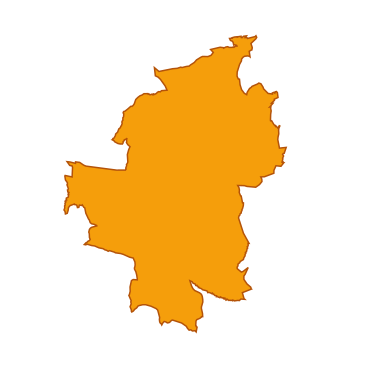 Cañada Morelos, Puebla, Mexico (Albers equal-area conic projection), rotated 335°
{"feature_id": "50627088B53283993912996", "entity_name": "Cañada Morelos", "entity_type": "district", "adm_level": 2, "iso_a3": "MEX", "parent_name": "Mexico", "parent_adm1": "Puebla", "projection": "albers", "projection_center": [-97.429, 18.725], "detail": "fine", "context": "isolated", "style": "filled", "palette": "amber", "viewbox_px": 384, "rotation_deg": 335, "n_neighbors": 0, "source": "geoboundaries", "source_scale": "gbopen_adm2", "svg_char_len": 5954}
<svg xmlns="http://www.w3.org/2000/svg" viewBox="0 0 384 384"><g transform="rotate(335 192 192)"><path d="M287.5,204.3L286.7,204.0L287.2,203.1L286.3,202.9L288.4,200.3L288.4,199.6L290.2,198.1L290.0,196.2L291.0,195.7L291.9,195.9L296.2,191.4L289.8,189.2L291.9,180.7L293.3,178.4L295.2,176.0L296.7,172.4L297.7,170.9L299.5,169.3L299.1,168.8L296.9,170.4L295.9,167.4L295.5,167.8L294.7,165.2L294.3,161.1L293.7,161.1L293.3,160.6L293.5,160.0L296.2,154.7L298.0,152.0L298.7,149.3L299.5,148.1L298.4,147.8L302.9,145.8L301.6,145.1L305.5,143.7L305.7,142.7L309.9,142.7L311.4,138.0L311.0,136.6L310.0,136.4L308.9,137.4L308.6,136.3L306.6,136.2L306.3,137.2L302.6,134.8L300.5,128.8L300.7,127.0L300.2,123.0L298.6,121.5L296.9,121.8L291.1,121.6L289.8,122.2L287.9,122.5L284.1,125.0L282.7,126.9L281.1,124.6L280.2,120.2L280.9,115.0L282.7,109.8L281.7,109.1L281.8,106.0L283.7,102.3L289.1,96.4L292.2,94.1L293.2,92.4L295.4,91.4L297.0,91.2L300.0,92.2L301.3,93.2L301.7,94.0L303.3,88.7L306.0,88.4L305.9,89.0L307.4,87.0L307.7,86.3L308.2,82.3L314.5,80.2L316.0,79.2L316.0,77.4L314.8,77.8L307.2,76.3L307.0,75.2L305.4,74.5L307.3,73.5L304.4,72.6L302.6,73.3L301.9,72.8L302.3,71.6L300.1,70.9L298.5,70.8L298.6,70.4L296.0,69.5L293.5,69.1L293.4,69.6L290.9,68.7L290.9,70.9L292.3,72.4L292.5,73.9L291.9,76.4L292.7,76.5L294.1,77.6L294.5,78.1L294.3,78.8L293.2,78.1L291.2,78.6L291.1,78.1L289.5,77.9L286.7,76.6L285.8,75.4L283.9,74.9L281.6,75.0L281.7,74.6L278.7,72.7L269.1,70.7L270.3,74.5L267.0,76.2L263.7,76.0L258.8,73.6L256.8,73.6L251.9,74.2L248.8,75.6L244.3,76.2L242.7,76.7L239.8,75.8L235.6,75.0L234.6,74.1L231.0,73.7L226.6,72.1L213.0,68.8L210.5,63.4L207.9,71.2L209.8,73.5L211.0,76.6L212.5,84.6L212.4,89.2L207.2,87.3L205.5,87.8L204.4,87.0L202.8,87.0L201.4,87.6L199.7,87.7L198.8,87.0L198.4,87.5L198.1,86.7L197.2,87.1L196.7,86.3L195.0,86.2L194.4,84.9L193.6,84.9L193.6,84.2L190.0,82.6L187.5,83.0L185.6,82.8L182.8,83.4L180.1,84.4L176.9,87.7L175.2,88.7L173.8,89.1L173.0,88.5L172.3,88.6L168.6,89.7L165.0,90.5L164.3,90.2L163.3,90.7L163.0,91.7L163.2,92.3L162.0,94.5L161.3,95.3L160.8,95.4L159.6,97.8L158.5,98.3L157.9,99.3L157.8,100.2L156.0,102.1L155.5,102.2L154.0,103.5L152.3,103.9L149.9,106.3L147.3,107.2L146.3,108.6L144.0,110.2L142.9,110.1L142.6,111.0L141.8,111.0L143.0,112.6L143.1,113.7L145.3,116.7L147.0,118.0L149.2,119.1L150.4,118.3L150.8,117.3L152.2,116.8L152.8,116.0L154.0,116.3L155.3,115.9L155.5,116.1L154.5,117.5L154.3,118.4L153.5,119.4L153.8,122.0L155.0,124.7L152.5,126.9L149.2,130.8L146.5,137.7L145.4,138.8L144.3,139.3L143.9,140.5L142.0,142.4L142.0,143.3L140.9,144.0L132.9,140.3L106.8,123.7L105.2,121.9L102.7,117.7L99.2,115.5L98.5,116.8L94.2,113.3L91.6,111.7L92.4,116.2L94.4,117.8L94.1,119.3L89.7,127.7L84.0,123.4L83.5,123.8L82.4,127.6L83.0,130.9L82.0,133.0L81.7,132.9L81.4,136.7L80.4,137.7L80.0,137.6L79.5,139.3L80.2,140.3L79.5,140.5L79.3,142.1L78.8,142.5L78.6,142.3L78.4,143.4L77.5,144.4L75.6,144.4L75.1,145.1L75.0,146.2L74.5,146.0L73.7,146.8L73.1,146.7L73.0,147.0L73.6,147.3L73.3,147.8L72.0,148.7L71.6,150.2L70.7,150.7L69.9,152.7L68.4,154.2L68.7,156.0L68.0,158.4L69.9,158.6L71.9,156.4L73.5,153.9L75.7,152.8L80.3,153.2L80.3,153.8L81.3,154.4L82.0,155.3L81.6,157.7L82.9,158.1L84.4,156.3L86.4,157.6L87.1,157.3L87.5,160.1L88.1,161.1L86.8,166.4L86.8,172.8L87.1,173.8L86.8,176.8L87.7,178.5L89.6,179.9L91.5,182.1L91.4,182.5L86.3,181.6L84.7,181.8L83.3,182.5L81.5,184.7L81.3,186.4L79.8,189.9L79.7,191.9L78.6,192.6L76.5,192.7L75.3,193.4L74.5,193.2L72.2,194.1L73.4,195.0L74.6,195.0L75.4,195.4L78.4,198.1L80.9,199.7L84.1,203.3L87.6,205.9L88.5,207.5L90.0,208.8L91.0,210.3L92.5,210.3L96.4,213.9L96.8,214.7L101.3,217.6L103.3,219.4L108.0,224.8L110.8,227.0L110.7,231.3L109.7,234.0L108.4,235.9L107.7,236.5L107.3,237.7L107.4,240.6L106.8,243.9L105.6,247.9L105.3,248.5L101.7,246.5L99.7,246.7L95.7,251.9L94.0,255.9L91.9,258.5L91.1,259.0L90.9,264.9L90.1,265.7L89.6,267.7L87.4,269.8L87.2,273.1L86.6,274.6L86.7,275.3L88.6,275.1L90.5,274.1L92.8,273.7L95.0,272.5L95.6,272.5L99.6,273.3L102.4,274.6L106.6,278.2L110.2,282.5L111.0,284.5L109.7,291.9L108.5,293.9L107.8,296.1L107.9,297.7L108.4,298.3L108.4,299.7L110.3,298.3L112.1,297.6L113.3,298.6L114.3,300.2L115.2,300.5L116.5,300.7L119.2,299.7L120.2,299.8L127.2,306.3L130.1,311.3L130.3,313.7L131.0,316.0L132.7,316.4L133.6,318.1L136.1,319.0L136.6,320.6L139.5,316.6L138.9,315.8L139.2,314.8L139.0,314.5L141.1,310.6L142.4,309.7L145.8,309.8L147.6,309.4L147.9,309.0L149.0,309.5L150.2,306.5L151.3,301.5L152.0,300.1L155.3,296.3L156.3,294.0L157.2,290.9L157.3,288.7L156.3,286.6L152.8,282.4L152.0,280.0L151.9,277.0L152.6,271.5L154.3,273.5L154.3,274.7L154.8,275.6L155.9,276.5L155.9,278.3L157.0,278.7L156.8,279.2L157.6,280.3L157.4,281.3L158.1,281.4L158.5,282.5L159.7,283.6L160.2,285.0L163.5,287.7L163.8,288.2L163.8,289.9L164.8,290.1L166.2,291.4L166.8,292.4L167.8,292.3L167.9,293.7L168.5,293.8L168.9,295.4L170.4,296.4L169.9,297.2L170.7,297.5L172.6,299.6L173.4,299.0L173.7,299.2L174.1,300.3L175.9,301.4L175.8,301.8L175.4,301.8L175.5,302.1L176.8,302.1L176.5,302.9L178.3,303.9L177.6,304.4L178.9,304.6L179.6,305.9L180.7,306.1L181.4,306.8L183.0,307.1L182.9,307.7L184.0,307.8L184.4,308.6L188.0,309.7L188.9,310.4L191.1,309.7L194.5,311.6L194.1,310.5L195.1,304.5L204.8,305.1L204.5,304.6L204.9,304.1L205.0,303.0L203.0,298.6L202.1,293.1L203.5,290.1L205.4,289.0L211.0,284.2L204.6,285.6L202.9,285.4L200.7,280.9L200.7,280.1L201.2,279.1L202.4,278.4L203.2,276.8L205.4,276.2L206.3,275.4L210.1,274.9L211.2,273.5L213.1,272.3L213.7,271.0L214.8,270.4L214.9,269.3L216.1,269.2L218.0,266.6L218.7,266.4L218.9,265.0L219.4,265.0L220.3,264.2L221.1,262.3L222.0,262.7L221.2,251.1L223.2,235.2L224.4,233.6L225.4,233.3L226.5,232.0L227.8,231.8L228.1,231.0L229.6,229.7L229.8,229.0L230.6,228.6L232.7,226.1L233.6,224.5L234.0,223.6L233.2,223.2L234.9,216.4L234.4,216.0L234.6,212.4L235.8,210.3L236.4,207.9L236.2,205.4L242.2,208.4L244.2,210.2L251.8,214.6L256.3,213.8L259.8,212.1L260.7,209.8L260.7,207.4L264.1,208.8L274.1,209.6L275.4,207.0L279.2,203.7L283.5,206.3L287.5,204.3Z" fill="#f59e0b" stroke="#b45309" stroke-width="1.5"/></g></svg>